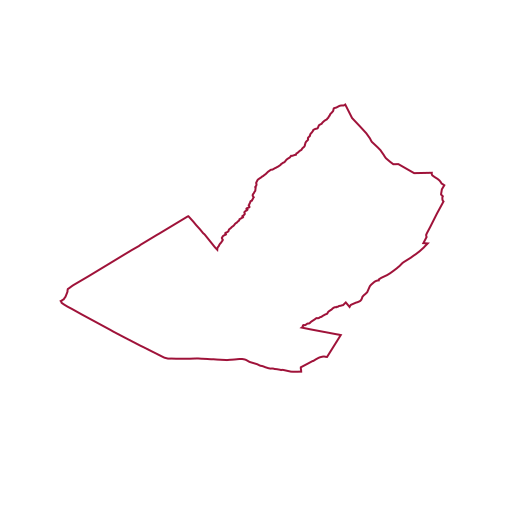 Wajir West, North-Eastern, Kenya, rotated 75°
{"feature_id": "3690345B86127058354537", "entity_name": "Wajir West", "entity_type": "district", "adm_level": 2, "iso_a3": "KEN", "parent_name": "Kenya", "parent_adm1": "North-Eastern", "projection": "equal_earth", "projection_center": [39.437, 1.649], "detail": "fine", "context": "isolated", "style": "outline", "palette": "rose", "viewbox_px": 512, "rotation_deg": 75, "n_neighbors": 0, "source": "geoboundaries", "source_scale": "gbopen_adm2", "svg_char_len": 6127}
<svg xmlns="http://www.w3.org/2000/svg" viewBox="0 0 512 512"><g transform="rotate(75 256 256)"><path d="M132.8,130.6L133.1,131.4L133.3,132.4L132.8,134.1L132.6,135.5L132.6,136.3L132.7,137.0L133.3,139.5L133.4,140.0L133.4,141.8L133.5,142.6L133.7,142.8L134.7,143.3L135.8,143.9L136.1,144.2L137.4,146.2L138.2,147.6L138.8,148.1L139.4,148.4L139.6,148.7L140.0,149.5L141.0,150.2L141.3,150.6L141.6,151.4L142.1,151.9L142.4,152.3L142.7,153.7L143.0,154.6L143.2,155.1L143.8,156.3L144.4,157.4L145.3,158.4L145.4,159.1L145.7,160.4L146.0,161.3L146.4,161.7L148.0,162.9L148.3,163.1L148.6,163.6L148.7,164.1L148.7,164.5L148.6,165.3L148.7,166.5L148.9,167.3L149.1,168.0L149.4,168.3L150.0,168.7L150.7,169.6L151.2,170.2L151.9,171.4L152.2,171.8L153.0,172.3L153.3,172.7L153.9,172.8L154.1,173.0L154.3,173.3L154.9,174.6L155.4,175.2L155.7,175.4L156.6,175.4L157.1,175.7L157.5,176.0L158.4,177.8L159.3,178.8L160.4,179.4L161.0,179.9L161.9,180.2L162.7,180.9L163.0,181.3L163.8,183.0L164.3,183.7L165.2,184.6L165.3,184.8L165.4,185.2L165.6,186.1L165.9,186.8L167.1,189.1L167.2,189.3L167.4,190.4L167.9,190.8L168.6,191.3L168.4,192.2L168.5,193.2L168.6,194.8L168.6,195.3L168.3,196.2L168.6,196.6L169.2,197.3L169.6,197.9L170.1,199.7L170.6,201.1L171.1,202.0L172.4,203.7L172.7,204.3L172.9,205.1L173.0,206.0L173.3,206.6L173.7,207.9L174.4,208.8L175.4,211.7L175.6,212.8L175.9,213.8L176.1,215.1L176.5,216.5L176.8,217.7L176.6,219.0L176.6,219.6L177.0,220.5L177.7,222.5L178.2,223.4L179.4,225.5L180.1,227.4L180.6,228.3L180.8,229.5L181.2,230.2L181.7,231.5L181.9,232.3L182.6,234.1L182.7,234.4L183.0,234.8L185.2,236.8L185.8,237.0L186.7,236.9L187.0,237.0L187.5,237.3L188.1,237.5L188.6,238.2L189.2,238.9L189.8,238.6L190.1,238.7L191.1,239.2L192.3,239.6L192.7,239.8L192.9,239.9L193.7,240.9L194.8,241.9L195.6,243.0L196.4,243.5L197.0,243.6L197.8,243.3L198.7,243.0L199.1,243.6L199.7,244.0L200.3,244.6L200.5,244.7L200.8,245.2L201.4,245.5L201.5,245.7L201.6,246.8L201.7,247.1L201.9,247.3L202.5,247.6L203.0,247.9L203.8,248.8L204.6,249.2L205.1,249.9L206.4,249.6L206.8,249.6L207.1,249.7L207.3,250.2L207.4,251.9L207.5,252.3L207.5,252.5L207.8,253.0L208.0,253.1L208.4,252.8L208.6,252.3L209.0,252.2L209.2,252.4L209.5,252.9L209.9,254.6L210.5,255.7L210.7,255.9L211.0,256.0L212.2,255.9L212.8,256.2L213.0,256.6L213.4,257.3L213.9,258.7L214.0,258.9L214.4,258.9L215.1,258.4L215.3,258.6L215.6,260.1L215.9,261.0L216.2,262.4L217.3,263.1L217.6,263.7L217.9,264.5L218.0,264.8L218.7,265.7L218.8,265.9L219.1,267.1L219.4,267.7L219.6,268.0L220.7,269.4L221.1,270.1L221.5,271.3L221.9,272.2L222.4,272.9L223.4,275.2L224.2,275.8L224.8,276.1L225.3,277.0L225.5,277.5L225.6,278.7L225.8,279.6L226.0,279.8L226.5,279.8L226.9,279.5L227.3,279.4L227.6,279.8L227.6,280.5L227.7,281.2L228.1,282.4L228.3,282.9L229.7,284.3L230.4,284.3L231.6,283.9L231.8,283.9L232.0,284.0L232.4,284.3L232.9,285.0L234.1,286.3L234.8,287.5L235.8,288.6L236.8,289.4L237.4,290.3L238.0,290.9L238.5,291.3L239.9,291.8L237.0,293.4L222.2,299.9L221.3,300.4L220.7,300.9L220.2,301.2L215.7,303.2L210.5,305.9L206.7,307.6L200.1,311.0L200.1,311.7L209.4,344.0L209.9,346.0L215.3,364.7L216.0,366.3L218.1,374.4L220.8,383.8L223.9,394.4L232.2,423.0L236.9,440.1L237.5,441.8L238.7,444.8L239.2,446.3L240.3,446.9L241.6,447.3L242.9,448.2L246.1,450.6L247.2,452.0L248.1,453.0L248.4,454.3L248.8,455.3L249.0,456.2L249.4,456.0L250.8,455.9L251.4,455.5L253.5,453.7L256.1,451.2L259.4,447.6L267.2,439.6L273.8,432.6L289.5,416.0L292.2,413.3L301.4,403.3L312.8,390.8L314.4,388.9L321.8,380.6L329.2,372.3L330.5,370.8L332.3,367.6L332.5,367.0L332.9,365.4L333.1,364.5L334.6,359.6L335.1,357.8L336.0,354.4L338.0,347.0L339.0,342.5L339.7,339.5L340.0,338.4L340.9,335.9L342.8,329.9L343.9,326.8L344.8,323.6L345.9,320.6L349.0,311.0L349.2,309.9L349.4,308.6L350.1,305.2L350.5,303.0L351.1,299.2L351.6,297.1L352.0,295.8L353.0,293.7L353.6,292.8L354.2,292.1L356.4,289.9L356.8,289.4L360.8,282.9L361.4,282.2L362.4,281.1L363.1,280.2L364.1,278.1L364.5,277.6L364.9,277.0L365.7,276.0L367.5,273.2L368.5,271.2L368.7,270.2L369.1,268.8L369.4,268.1L369.9,267.4L370.7,265.2L372.0,262.4L372.7,261.2L372.7,260.3L372.9,259.7L373.2,259.0L375.7,254.2L376.2,253.2L376.7,252.3L377.3,250.4L379.1,243.6L379.4,242.3L378.0,242.0L376.0,241.8L375.1,241.5L373.4,234.0L372.1,228.5L372.2,227.8L371.3,224.9L370.6,222.0L370.4,220.6L370.4,219.2L370.5,217.0L370.8,216.0L371.6,214.4L371.9,213.5L354.3,194.6L340.7,222.9L337.0,230.3L336.6,229.3L336.1,228.9L335.7,228.9L335.2,228.6L335.0,227.9L335.1,227.5L335.4,227.1L335.5,226.4L335.2,225.4L334.9,224.7L334.6,223.8L334.8,222.8L334.9,222.1L334.6,221.2L334.0,220.3L333.6,219.3L332.4,215.6L332.1,214.9L331.7,213.9L331.7,213.7L331.7,213.3L332.1,212.5L332.2,212.0L332.2,211.4L331.8,210.3L331.7,209.9L331.7,208.5L331.5,208.0L331.2,207.4L330.9,206.2L330.4,204.2L330.3,203.2L330.2,202.3L329.7,201.7L329.2,201.3L328.6,200.6L328.2,199.8L328.1,199.2L327.5,197.9L327.5,197.4L327.1,196.5L326.4,195.4L326.3,194.8L326.0,194.1L325.9,192.7L326.0,192.5L326.3,191.8L326.1,191.3L326.0,190.9L326.2,190.6L326.2,190.0L325.9,189.2L325.8,188.8L325.8,188.1L325.9,187.8L326.0,186.8L325.9,186.5L325.9,185.7L326.0,184.8L325.9,184.4L325.7,184.1L324.1,181.3L329.4,178.8L328.5,178.0L327.8,177.1L327.6,176.1L326.9,171.4L326.9,169.9L326.6,167.9L326.3,166.8L325.4,165.5L324.1,164.5L322.9,163.7L321.8,162.0L321.1,160.4L319.8,158.0L314.6,153.8L313.5,152.2L311.8,148.7L311.3,147.3L311.1,145.6L311.3,143.8L311.0,143.8L310.4,143.4L309.5,140.6L308.4,134.4L307.4,131.0L305.8,126.8L304.3,123.1L303.6,121.7L302.9,120.1L300.7,116.4L300.1,114.8L297.7,106.9L297.1,105.4L296.3,103.3L295.7,101.4L293.7,96.6L291.2,91.7L290.3,90.3L288.3,86.9L286.9,91.0L281.8,86.3L281.0,86.4L279.7,86.2L278.4,85.2L272.8,80.0L261.8,70.2L251.9,60.8L251.7,60.9L250.6,61.3L249.7,61.3L248.6,61.1L247.6,60.8L247.2,60.6L246.9,60.2L246.7,60.1L246.4,60.2L244.8,61.2L244.3,61.3L239.7,59.2L236.4,55.8L234.9,57.1L234.0,58.0L232.5,58.4L230.6,59.2L228.6,60.6L226.0,63.0L223.8,64.8L223.1,65.0L221.9,65.0L221.1,64.7L216.9,81.8L204.1,94.7L202.9,99.6L199.7,102.1L195.2,105.2L193.1,106.0L191.6,106.4L187.2,108.0L186.2,108.3L182.8,110.2L178.1,113.1L175.7,114.6L174.3,115.0L171.9,115.5L166.0,117.7L157.4,122.2L147.6,127.5L132.8,130.6Z" fill="none" stroke="#9f1239" stroke-width="2"/></g></svg>